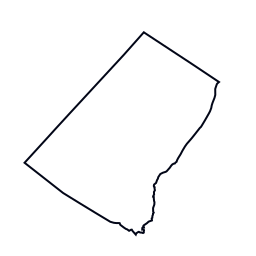 outline of Lepa, Atua, Samoa, rotated 302°
{"feature_id": "51752279B44290724889134", "entity_name": "Lepa", "entity_type": "district", "adm_level": 2, "iso_a3": "WSM", "parent_name": "Samoa", "parent_adm1": "Atua", "projection": "orthographic", "projection_center": [-171.529, -14.024], "detail": "fine", "context": "isolated", "style": "outline", "palette": "ink", "viewbox_px": 256, "rotation_deg": 302, "n_neighbors": 0, "source": "geoboundaries", "source_scale": "gbopen_adm2", "svg_char_len": 1380}
<svg xmlns="http://www.w3.org/2000/svg" viewBox="0 0 256 256"><g transform="rotate(302 128 128)"><path d="M41.7,191.1L43.1,190.8L45.2,191.8L45.7,192.2L45.8,193.7L46.4,194.6L46.9,196.4L47.7,196.8L48.8,196.1L49.6,195.9L50.3,195.1L49.4,193.9L50.8,193.1L51.9,193.2L52.3,194.0L53.3,192.9L53.9,193.0L57.3,194.5L59.5,195.1L62.3,197.3L63.9,196.0L64.7,196.2L66.4,195.3L67.7,195.1L68.8,194.5L69.8,194.7L70.5,193.6L73.4,191.7L77.0,190.9L79.2,189.7L79.8,188.9L81.8,187.3L83.2,186.4L83.0,185.7L84.3,185.3L85.2,185.5L87.5,183.9L89.5,183.8L90.7,182.6L91.9,182.0L91.9,181.3L92.5,180.6L93.9,180.1L96.3,180.9L99.4,180.2L100.9,180.2L102.3,179.7L106.1,179.8L108.6,181.3L110.8,183.2L111.8,183.7L116.5,184.5L119.0,184.6L120.6,184.9L121.9,185.6L122.7,186.5L123.9,186.6L125.1,187.1L126.6,186.7L129.1,186.5L133.7,186.5L137.7,186.2L142.5,186.1L145.9,186.3L150.8,187.1L153.5,187.5L162.4,188.5L166.2,188.9L167.6,189.3L169.3,189.3L175.1,189.2L182.7,188.9L185.6,188.7L189.1,188.0L191.6,187.0L194.4,186.3L199.3,185.4L202.3,184.5L207.3,181.3L208.8,180.9L212.3,180.1L213.3,180.2L215.2,180.8L216.1,151.4L216.7,125.9L217.5,90.7L188.0,85.7L109.4,70.8L89.0,67.0L75.7,64.6L43.7,58.7L38.5,107.4L38.6,126.5L38.8,145.3L39.1,162.7L40.1,166.2L41.1,168.3L42.9,171.3L41.8,172.8L41.4,177.1L41.3,179.6L41.6,181.1L41.4,183.4L43.5,184.6L43.8,185.1L43.1,186.4L41.7,191.1Z" fill="none" stroke="#020617" stroke-width="2"/></g></svg>